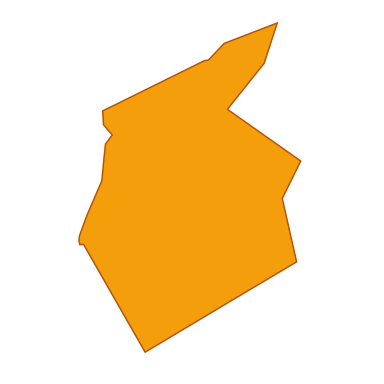 Jandaíra, Rio Grande do Norte, Brazil, rotated 257°
{"feature_id": "56859067B73444241078721", "entity_name": "Jandaíra", "entity_type": "district", "adm_level": 2, "iso_a3": "BRA", "parent_name": "Brazil", "parent_adm1": "Rio Grande do Norte", "projection": "robinson", "projection_center": [-36.108, -5.36], "detail": "fine", "context": "isolated", "style": "filled", "palette": "amber", "viewbox_px": 384, "rotation_deg": 257, "n_neighbors": 0, "source": "geoboundaries", "source_scale": "gbopen_adm2", "svg_char_len": 451}
<svg xmlns="http://www.w3.org/2000/svg" viewBox="0 0 384 384"><g transform="rotate(257 192 192)"><path d="M174.4,72.4L169.9,70.9L165.9,70.9L165.2,74.6L46.5,110.3L82.0,220.5L100.4,278.2L165.4,278.5L187.9,296.9L197.7,304.9L264.6,245.1L301.1,291.2L337.5,313.1L329.6,256.9L316.8,237.6L317.2,233.8L291.1,123.2L277.4,120.9L265.5,127.1L258.2,118.5L243.4,113.4L223.3,106.7L192.2,83.9L174.4,72.4Z" fill="#f59e0b" stroke="#b45309" stroke-width="1.5"/></g></svg>